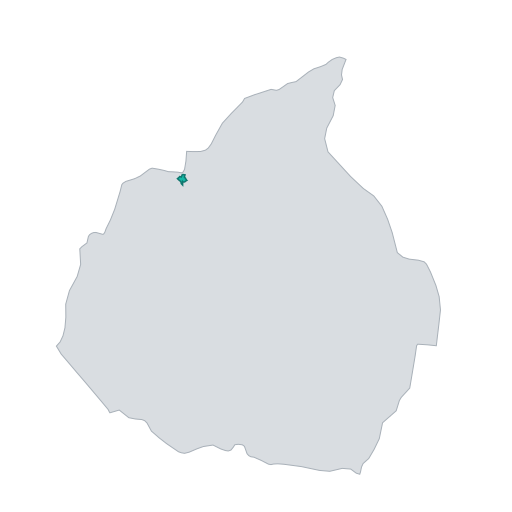 location of Plumtree, Matabeleland South, Zimbabwe, rotated 96°
{"feature_id": "62879985B2376154175895", "entity_name": "Plumtree", "entity_type": "district", "adm_level": 2, "iso_a3": "ZWE", "parent_name": "Zimbabwe", "parent_adm1": "Matabeleland South", "projection": "albers", "projection_center": [27.803, -20.508], "detail": "fine", "context": "in_parent", "style": "filled", "palette": "teal", "viewbox_px": 512, "rotation_deg": 96, "n_neighbors": 0, "source": "geoboundaries", "source_scale": "gbopen_adm2", "svg_char_len": 2697}
<svg xmlns="http://www.w3.org/2000/svg" viewBox="0 0 512 512"><g transform="rotate(96 256 256)"><path d="M366.5,445.1L361.9,441.8L355.5,439.6L347.4,438.5L336.8,438.7L323.8,440.2L309.9,437.9L295.1,431.7L282.7,429.5L267.9,431.9L267.3,432.0L264.7,429.9L260.7,425.5L254.0,424.7L252.2,423.7L250.7,422.0L249.7,420.0L249.3,417.7L250.5,410.5L249.9,409.7L248.1,408.8L244.4,407.9L235.5,404.6L224.3,401.4L206.2,397.9L199.1,396.9L197.5,395.9L195.4,393.2L191.9,385.0L188.6,379.5L180.8,371.1L179.5,368.5L179.9,361.9L180.5,356.5L181.3,351.9L181.0,347.6L180.8,342.3L181.1,338.7L180.0,337.2L177.2,336.1L169.0,335.6L159.2,335.9L158.8,330.5L157.9,322.1L156.0,317.3L153.7,314.8L149.2,312.2L140.0,308.7L127.4,303.3L116.7,295.4L104.3,285.5L100.5,283.8L95.8,274.4L88.7,258.4L89.1,253.0L88.0,250.4L81.2,242.6L79.7,238.5L78.4,234.4L67.5,223.0L63.8,218.0L60.9,211.5L58.1,206.4L55.7,204.3L52.6,200.8L50.4,196.8L49.4,193.8L50.1,189.8L51.1,187.0L61.4,189.8L67.0,189.9L71.4,188.4L76.8,190.3L83.4,195.4L90.4,196.3L98.0,193.0L108.4,193.9L121.4,199.0L132.1,200.0L144.9,195.3L156.3,182.4L167.0,170.3L177.6,156.4L184.0,145.1L193.4,136.0L205.8,128.9L218.5,123.0L237.9,115.8L241.8,109.8L243.1,103.3L243.2,94.1L244.2,88.2L246.3,85.6L249.5,83.5L253.7,80.8L266.5,74.0L277.3,69.6L290.4,66.9L304.8,67.0L318.6,67.2L326.4,67.3L326.4,76.1L326.8,85.9L328.3,86.9L338.7,87.3L355.3,88.3L371.3,89.3L381.3,96.7L384.7,98.3L395.3,100.4L408.6,112.7L424.8,114.3L435.9,118.3L445.6,122.7L451.2,127.8L454.8,129.0L459.8,129.5L462.2,130.0L461.5,133.6L458.0,139.5L458.2,148.1L462.4,160.1L462.6,170.5L460.7,188.7L460.2,206.4L460.4,212.8L461.1,217.0L461.9,219.3L461.7,221.9L458.8,229.3L456.3,237.0L456.2,240.1L455.3,242.3L453.6,244.2L446.5,247.6L445.2,249.8L445.1,253.9L445.9,257.3L448.5,258.6L451.6,260.6L452.8,263.2L452.7,265.9L451.6,270.8L448.5,279.0L451.0,288.5L454.0,294.7L458.1,302.0L459.7,306.4L459.5,309.6L458.8,312.6L451.9,325.4L447.0,333.3L441.1,341.7L433.5,346.9L431.4,349.5L430.6,352.4L430.7,358.9L430.1,365.6L423.5,375.9L427.2,384.9L426.2,385.7L424.1,387.0L414.6,396.8L405.1,406.7L398.1,414.0L390.3,422.3L381.4,431.6L373.9,439.5L366.5,445.1Z" fill="#d9dde1" stroke="#a8b0b8" stroke-width="1"/><path d="M182.4,337.7L184.7,338.4L185.3,338.6L184.9,340.1L185.6,340.6L186.1,341.0L187.3,342.2L187.6,341.8L188.0,341.3L188.6,340.5L189.9,338.5L191.8,337.9L193.1,336.4L189.7,336.7L189.8,336.6L190.0,335.8L189.8,334.8L189.7,334.6L188.9,333.8L188.2,333.0L188.0,332.7L187.8,333.0L186.8,333.7L186.3,334.2L186.1,334.3L185.9,334.3L185.7,334.6L185.5,334.9L185.4,335.0L185.0,335.5L183.8,335.2L183.4,335.2L182.7,335.1L182.7,335.3L182.7,335.9L182.7,336.0L182.6,337.1L182.6,337.7L182.4,337.7L182.4,337.7Z" fill="#14b8a6" stroke="#0f766e" stroke-width="1.5"/></g></svg>